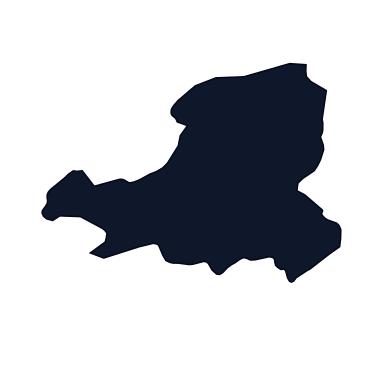 the border of Schwyz, rotated 349°
{"feature_id": "CHE-173", "entity_name": "Schwyz", "entity_type": "Canton", "adm_level": 1, "iso_a3": "CHE", "parent_name": "Switzerland", "parent_adm1": "", "projection": "equal_earth", "projection_center": [8.712, 47.055], "detail": "fine", "context": "isolated", "style": "filled", "palette": "ink", "viewbox_px": 384, "rotation_deg": 349, "n_neighbors": 0, "source": "natural_earth", "source_scale": "10m", "svg_char_len": 1685}
<svg xmlns="http://www.w3.org/2000/svg" viewBox="0 0 384 384"><g transform="rotate(349 192 192)"><path d="M178.8,263.1L175.1,262.6L164.5,259.1L160.0,258.2L157.1,257.0L153.3,254.3L151.3,248.5L149.4,239.4L148.6,237.0L146.1,235.7L144.1,235.0L129.3,235.7L92.8,240.0L80.5,232.4L97.3,224.5L98.9,221.2L100.7,216.2L99.1,213.0L97.2,210.7L77.8,194.9L57.6,190.2L49.8,193.4L44.3,190.7L41.6,187.5L40.8,183.9L41.5,181.8L46.0,177.6L47.8,175.4L48.6,173.0L48.7,169.7L49.3,167.2L50.8,164.8L53.6,162.5L69.1,154.2L74.4,150.8L79.5,148.6L83.1,149.8L88.3,150.2L97.1,167.7L123.1,165.7L125.9,166.2L128.0,167.5L132.1,171.1L136.5,171.2L142.5,170.1L154.1,166.4L160.9,165.2L167.7,162.8L173.3,159.1L187.4,144.0L191.2,134.5L200.2,126.0L190.9,120.4L190.1,116.8L187.3,113.3L186.7,112.0L186.6,110.2L187.0,108.5L187.8,106.5L190.8,103.4L195.8,99.5L215.5,88.4L237.3,84.5L264.9,88.8L312.4,84.6L328.2,88.8L326.8,95.0L326.4,99.0L326.4,100.7L329.7,106.2L343.2,118.1L333.6,145.5L333.6,149.2L332.1,156.4L330.9,159.1L328.6,162.5L329.8,171.0L329.3,175.7L324.3,184.8L320.3,190.1L315.9,194.5L303.4,199.8L297.7,203.5L295.2,210.7L302.3,216.5L316.5,234.5L316.6,235.5L315.2,237.7L315.3,239.6L317.5,243.1L320.0,245.4L328.1,250.2L330.0,253.2L330.9,257.3L329.0,266.0L326.5,273.9L315.8,278.7L293.0,290.2L290.7,290.8L278.0,296.0L274.7,298.9L272.6,299.5L270.7,298.3L269.4,294.4L268.9,287.3L267.7,285.3L264.5,285.0L261.6,282.2L260.1,279.9L259.9,276.9L260.2,274.0L258.7,271.5L255.2,270.3L240.9,270.6L236.3,269.9L232.9,267.4L230.2,266.3L226.6,267.0L220.6,269.7L216.8,270.9L212.0,273.2L206.8,277.0L203.4,278.2L200.5,277.3L196.8,272.4L194.4,265.3L192.9,263.4L190.4,262.4L178.8,263.1Z" fill="#0f172a" stroke="#020617" stroke-width="1.5"/></g></svg>